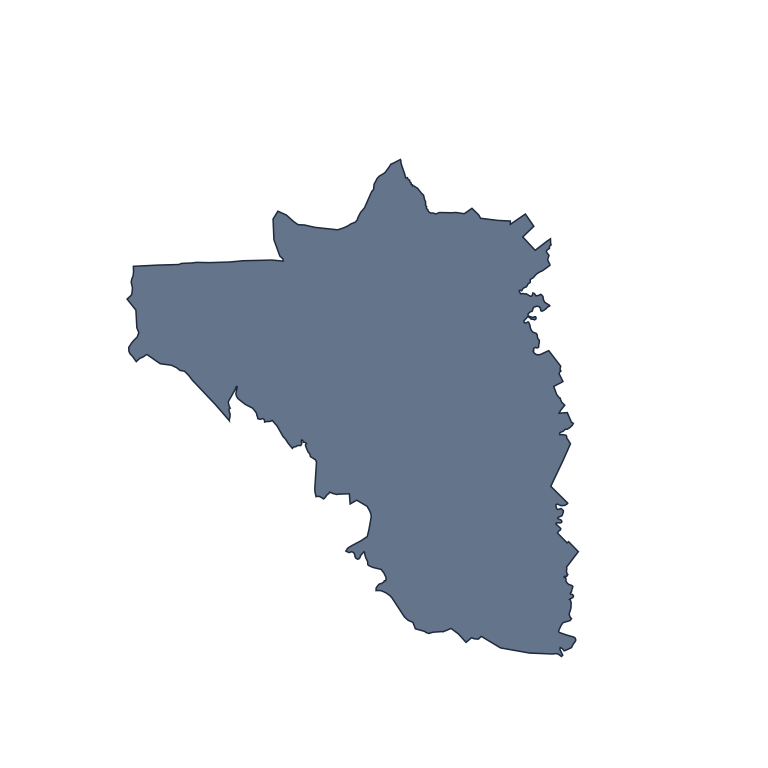 Capalna, Bihor, Romania, rotated 203°
{"feature_id": "2599482B45096841934086", "entity_name": "Capalna", "entity_type": "district", "adm_level": 2, "iso_a3": "ROU", "parent_name": "Romania", "parent_adm1": "Bihor", "projection": "mercator", "projection_center": [22.103, 46.737], "detail": "fine", "context": "isolated", "style": "filled", "palette": "slate", "viewbox_px": 768, "rotation_deg": 203, "n_neighbors": 0, "source": "geoboundaries", "source_scale": "gbopen_adm2", "svg_char_len": 6171}
<svg xmlns="http://www.w3.org/2000/svg" viewBox="0 0 768 768"><g transform="rotate(203 384 384)"><path d="M549.2,501.6L550.6,492.5L541.7,473.8L529.9,461.1L525.8,459.6L524.9,457.7L535.6,454.3L562.1,442.3L573.9,435.9L592.4,427.4L604.4,422.6L607.6,420.6L617.5,415.9L619.6,413.8L638.4,405.2L660.7,394.4L658.4,389.4L657.2,385.5L657.2,382.0L656.5,378.9L653.1,374.2L651.4,368.7L651.3,367.4L651.7,366.1L653.7,361.8L641.2,355.0L633.5,339.2L629.8,335.5L629.5,331.0L631.5,326.0L632.4,323.0L633.3,317.9L631.5,314.3L629.3,312.4L626.7,311.4L620.8,307.8L618.8,312.2L616.1,315.0L614.6,317.6L613.6,318.5L597.9,315.2L587.1,318.2L581.4,318.0L577.1,316.8L572.6,317.8L567.0,315.5L561.9,312.6L531.0,299.1L512.1,289.8L512.4,290.3L512.9,293.5L513.9,296.2L516.2,298.8L516.8,300.5L516.1,301.7L517.1,302.3L519.7,305.5L520.4,307.2L518.8,320.8L518.9,324.0L518.0,324.1L516.6,317.3L515.5,315.6L512.9,313.5L503.8,311.0L495.5,310.4L490.8,307.9L489.4,306.6L488.7,305.3L487.2,303.9L486.7,302.8L484.3,303.0L482.0,304.8L480.5,304.5L479.4,303.3L479.0,302.3L477.8,303.3L474.4,305.0L473.1,306.1L472.8,306.8L472.4,306.7L465.9,303.5L456.3,296.1L453.2,294.8L449.1,292.0L443.2,288.9L442.6,290.6L440.5,292.0L439.5,293.6L436.8,294.7L436.4,295.5L436.3,296.2L436.7,297.4L437.9,299.1L438.1,300.2L436.8,300.4L435.5,298.8L434.6,299.4L432.2,299.0L432.5,297.1L431.1,295.4L427.5,291.9L424.7,290.4L423.4,288.4L417.6,287.5L415.7,285.9L406.8,260.6L405.3,257.6L402.5,253.7L401.0,254.8L399.6,255.2L396.5,255.0L394.9,254.5L394.4,255.1L393.6,257.2L393.4,259.0L391.9,262.0L391.8,263.2L388.0,263.3L384.1,263.9L383.5,264.5L373.0,269.4L368.3,260.3L363.7,266.4L351.8,264.8L347.6,261.6L345.3,259.2L343.9,256.8L341.1,244.6L339.8,237.0L344.1,230.5L350.8,222.3L352.7,219.5L353.4,218.0L353.8,215.3L350.8,215.1L349.8,215.5L348.3,217.0L346.3,217.0L344.5,215.8L343.2,213.7L342.0,212.7L339.8,212.4L339.0,213.0L338.3,214.7L338.5,217.1L336.9,221.8L336.0,221.2L334.6,219.0L332.8,216.8L330.0,214.5L328.3,211.4L327.3,210.9L322.5,210.8L314.2,212.2L310.4,210.1L306.4,206.6L305.5,203.7L306.8,203.0L306.9,201.5L308.4,199.4L310.2,198.0L311.0,195.7L311.5,193.1L310.6,190.7L307.3,192.2L305.0,192.7L300.4,192.5L295.8,191.5L292.9,190.1L274.1,177.5L269.3,175.9L264.3,175.9L259.4,170.9L249.5,172.2L248.6,171.7L245.2,171.9L242.0,174.6L234.2,178.6L232.8,179.0L226.7,185.2L217.8,183.0L207.5,178.2L204.3,184.7L201.4,184.7L197.5,186.0L195.8,189.7L173.6,186.6L144.9,193.2L123.1,201.4L120.5,203.0L117.9,203.4L114.2,202.5L113.5,204.2L118.4,208.5L118.8,210.3L116.5,210.1L113.9,208.8L113.0,209.5L108.4,214.6L108.2,218.3L107.5,221.0L107.3,222.7L107.8,223.9L108.9,224.9L110.4,225.2L117.9,224.3L125.4,223.8L126.4,224.3L126.8,224.8L126.6,231.3L125.9,234.3L120.3,238.9L119.7,241.3L121.4,242.0L123.3,244.0L123.8,245.1L123.9,247.1L124.4,251.0L126.3,255.9L128.1,258.0L129.1,258.2L126.6,261.4L126.7,262.9L128.1,263.9L129.9,263.5L130.6,263.8L130.7,264.6L130.2,265.9L130.7,268.0L131.0,271.4L132.2,271.9L135.8,271.7L137.4,272.3L139.5,273.6L140.4,275.8L141.1,276.5L142.5,276.4L142.9,276.7L142.7,277.5L140.9,278.2L140.5,278.9L140.4,280.5L141.5,280.7L141.9,281.7L142.8,282.7L143.1,283.3L143.3,284.9L144.4,286.8L139.6,305.6L152.5,311.0L153.4,309.3L166.1,314.6L165.8,316.8L164.8,318.1L164.6,319.3L164.9,320.1L171.0,322.3L171.0,323.7L167.8,324.8L167.0,325.3L166.4,326.5L166.9,327.4L168.2,328.1L170.6,327.9L171.6,328.2L171.6,329.2L168.7,332.2L168.8,335.5L169.3,337.5L172.4,338.6L174.6,336.6L175.5,336.4L177.0,337.3L178.6,339.9L178.4,340.5L177.6,341.2L173.5,341.2L170.4,342.7L169.2,344.1L168.5,345.2L168.3,346.1L190.5,355.0L189.3,382.9L189.0,401.8L192.9,404.6L194.5,405.3L195.4,407.2L196.4,407.9L199.1,407.4L202.5,406.1L202.9,406.6L203.1,407.6L202.6,408.5L200.6,410.5L199.5,413.1L197.7,413.9L195.8,416.7L194.6,419.4L194.3,421.7L196.6,422.1L204.1,429.3L211.4,425.5L211.1,428.9L209.3,435.1L213.6,436.8L216.5,439.9L216.7,439.7L217.9,440.1L220.9,441.8L226.8,448.1L220.2,456.2L227.0,462.0L226.9,463.4L226.2,465.2L227.2,465.6L227.6,466.3L228.1,467.7L228.1,468.8L228.4,469.5L245.4,479.1L251.4,472.5L252.7,471.5L255.1,470.6L258.0,471.2L259.5,472.4L259.1,472.7L260.0,475.0L259.9,475.6L259.0,476.8L257.1,477.0L256.1,478.1L256.1,478.6L257.0,480.9L257.1,482.3L258.1,484.9L260.5,486.2L262.3,489.2L263.6,490.1L266.9,489.9L269.1,490.8L271.1,492.7L272.6,495.1L275.0,497.4L275.7,497.4L277.5,495.5L278.5,495.3L279.5,495.7L279.8,496.8L278.1,501.9L276.2,502.2L273.9,501.2L272.1,501.8L270.4,501.9L269.6,503.1L269.6,503.6L270.1,504.7L270.8,505.1L271.6,504.8L273.1,503.4L277.7,503.0L278.3,503.7L278.7,504.7L278.5,505.5L277.5,507.5L276.0,509.1L276.3,511.9L276.1,513.3L273.7,515.3L271.8,515.8L269.8,515.1L268.4,512.8L267.1,512.7L265.8,514.0L264.3,516.5L263.4,518.9L262.0,520.3L262.1,521.0L267.9,522.0L270.1,523.8L271.9,526.7L274.3,527.8L274.9,527.7L276.1,526.1L278.5,524.5L280.9,526.0L282.5,526.0L282.2,523.5L282.5,522.5L283.4,522.0L288.4,522.6L289.5,521.8L291.1,521.8L293.4,520.4L296.0,522.3L295.5,523.4L293.7,523.6L293.3,526.3L292.2,527.9L291.0,528.9L290.6,530.4L290.5,532.5L289.3,534.2L289.1,534.8L290.1,537.0L290.1,537.5L288.2,540.1L286.5,545.0L284.1,548.4L282.7,549.7L277.6,558.0L278.2,559.0L281.4,561.8L282.1,562.8L282.3,566.7L282.6,567.0L286.1,569.0L286.4,570.0L286.2,571.0L284.7,573.4L285.3,574.9L285.3,575.8L284.5,577.4L285.5,578.5L287.5,582.7L290.1,578.6L297.1,566.1L313.7,573.6L307.7,587.7L320.3,595.7L330.1,580.3L331.4,583.4L343.0,579.1L359.9,574.3L362.8,576.6L371.7,580.1L376.7,572.1L384.8,570.0L388.8,568.0L399.3,563.8L400.3,563.3L402.5,561.0L403.8,560.6L405.4,560.7L407.2,559.8L409.4,559.7L410.9,560.5L411.9,561.7L413.4,562.0L413.8,562.6L414.1,564.0L415.8,564.9L415.9,566.1L416.8,567.1L416.9,568.1L418.4,569.2L421.4,573.3L424.5,574.5L429.4,577.2L433.8,578.0L434.8,577.4L435.6,578.5L436.7,578.1L437.7,579.8L439.2,580.2L440.1,581.7L441.3,581.6L443.2,583.1L444.6,582.2L447.0,585.4L452.9,591.9L455.0,594.5L455.7,596.2L456.6,597.1L462.5,590.0L463.5,589.2L464.2,585.2L465.5,579.6L466.3,577.9L469.5,573.6L470.6,570.7L471.2,564.0L469.6,559.0L470.4,556.9L470.6,554.3L470.8,538.5L472.6,532.8L473.0,527.5L472.8,524.4L473.7,521.7L477.0,518.5L478.9,515.6L482.2,511.9L487.0,507.8L508.8,501.2L519.4,499.3L525.3,497.1L530.6,498.2L539.9,501.4L549.2,501.6Z" fill="#64748b" stroke="#1e293b" stroke-width="1.5"/></g></svg>